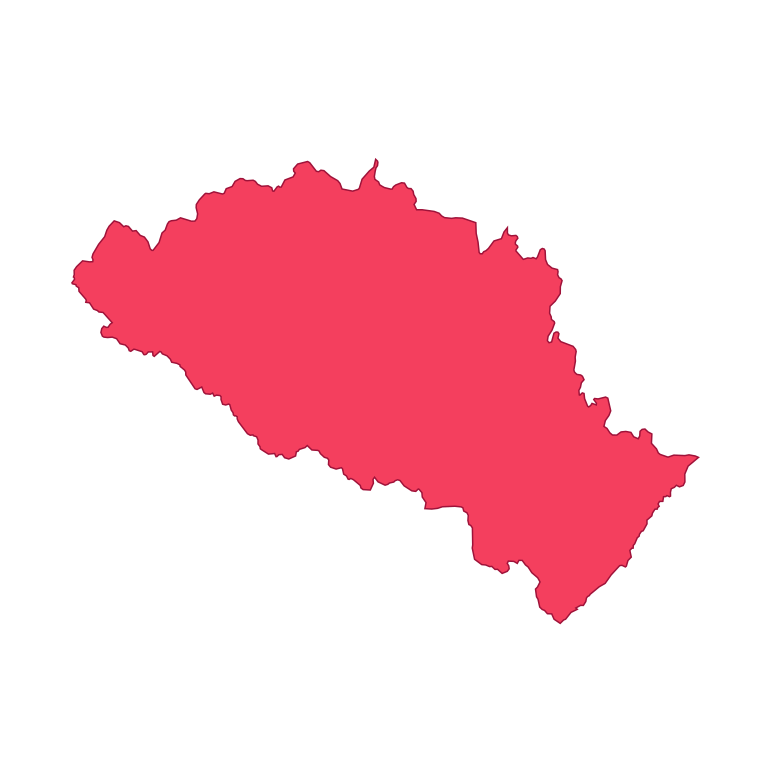 outline of Ambalavao, Haute Matsiatra, Madagascar, rotated 185°
{"feature_id": "10022922B7475622417535", "entity_name": "Ambalavao", "entity_type": "district", "adm_level": 2, "iso_a3": "MDG", "parent_name": "Madagascar", "parent_adm1": "Haute Matsiatra", "projection": "orthographic", "projection_center": [46.669, -21.841], "detail": "fine", "context": "isolated", "style": "filled", "palette": "rose", "viewbox_px": 768, "rotation_deg": 185, "n_neighbors": 0, "source": "geoboundaries", "source_scale": "gbopen_adm2", "svg_char_len": 6136}
<svg xmlns="http://www.w3.org/2000/svg" viewBox="0 0 768 768"><g transform="rotate(185 384 384)"><path d="M374.1,283.3L371.4,284.4L370.0,285.8L365.7,287.2L364.4,288.7L362.0,289.8L359.6,289.2L355.1,284.3L347.0,280.0L343.0,279.8L340.7,282.4L339.9,282.2L336.8,279.1L336.0,274.7L331.8,269.5L332.4,263.4L325.5,263.6L319.8,264.8L315.1,266.8L302.8,268.4L296.3,268.3L294.6,267.5L293.5,264.4L290.1,262.9L288.6,260.4L288.5,255.3L287.2,251.4L285.3,250.7L283.4,248.4L281.6,231.4L281.8,228.3L278.5,217.3L270.9,212.6L267.0,212.6L262.9,211.3L260.7,211.7L257.3,209.0L254.7,209.3L249.8,205.6L244.9,208.1L243.2,210.8L243.9,213.8L245.6,216.0L244.7,218.4L239.2,218.6L235.6,216.9L234.2,220.1L230.9,220.3L227.3,216.1L224.5,214.3L220.3,208.9L214.0,204.4L211.3,200.4L213.4,195.1L215.2,192.9L213.5,185.3L211.8,183.0L209.4,175.3L206.8,173.2L204.3,172.4L201.2,169.4L196.9,169.6L194.1,164.5L187.6,160.9L184.5,164.6L182.6,165.5L177.8,172.8L171.8,176.4L173.4,177.6L168.9,180.6L166.1,180.8L164.0,184.9L163.7,188.4L162.7,190.0L161.0,191.1L160.3,192.5L151.9,200.8L146.3,204.7L141.1,213.6L133.4,223.6L131.1,224.1L127.6,222.8L126.7,223.7L125.6,229.4L122.6,233.1L124.6,239.7L122.8,242.0L121.5,242.2L121.6,245.0L120.3,246.7L118.3,252.9L116.6,254.6L116.4,256.7L114.7,259.6L113.0,260.4L109.8,267.6L110.2,271.3L105.7,276.0L105.3,278.8L103.2,282.9L100.9,283.2L100.6,284.8L99.2,286.1L100.5,288.4L99.3,291.0L96.0,291.4L95.7,296.1L93.5,296.4L92.4,297.5L89.8,296.6L88.8,297.3L89.2,301.2L88.7,304.7L85.7,306.4L83.9,308.6L80.7,307.3L77.1,309.0L75.7,312.6L76.5,320.5L73.9,328.7L64.3,338.3L67.6,339.4L74.0,340.0L78.0,338.9L89.1,338.4L94.7,335.9L102.7,337.9L104.7,339.2L106.9,343.1L112.4,348.2L112.8,357.6L116.7,359.2L120.1,361.9L122.9,361.3L124.8,359.2L124.7,354.5L126.0,351.6L130.7,353.2L133.8,357.3L139.0,357.8L143.7,356.9L147.6,353.4L152.0,353.1L154.8,355.1L158.0,359.2L161.2,360.9L160.3,366.9L157.2,372.2L155.8,377.0L159.8,389.4L162.1,390.3L169.4,387.8L173.0,387.9L173.7,386.8L170.7,383.4L170.7,381.7L175.1,382.8L176.3,380.5L178.1,379.0L179.2,379.6L182.9,386.9L183.9,392.0L185.7,392.4L187.9,390.0L188.5,390.1L189.3,394.6L188.0,397.9L187.5,402.4L185.1,405.7L187.0,409.0L188.8,410.1L192.8,410.4L195.2,412.4L196.1,414.5L195.3,423.5L195.9,427.4L195.4,433.1L196.1,435.1L198.9,438.0L211.6,441.6L214.7,444.8L214.1,449.3L215.3,450.8L217.1,450.8L219.1,449.4L220.7,440.5L223.2,439.5L225.0,441.4L224.7,445.9L221.3,452.3L219.3,459.6L219.9,461.0L222.8,462.9L223.3,465.5L225.2,468.9L225.4,475.9L220.6,481.5L216.3,489.4L216.8,496.3L215.6,502.5L216.9,504.2L218.8,505.1L220.6,507.9L220.4,511.1L221.1,513.1L226.7,514.1L231.5,517.3L233.9,522.0L235.1,530.8L236.2,532.4L238.1,532.8L240.0,531.4L242.2,523.8L243.4,522.0L246.6,523.0L248.4,522.0L251.8,522.1L256.1,520.3L264.1,528.0L264.2,529.1L262.6,531.9L263.0,533.1L265.2,534.7L265.5,536.2L265.1,538.2L263.4,540.8L264.0,542.4L265.5,543.5L270.1,542.7L273.0,543.4L274.2,545.1L274.7,550.5L277.7,545.9L279.7,539.0L286.9,536.1L291.7,528.2L294.0,525.7L296.2,524.5L297.5,522.3L299.5,522.1L300.7,523.4L302.7,533.6L305.3,542.1L306.6,552.7L320.3,556.1L327.1,555.8L331.1,554.9L338.2,555.0L341.3,556.5L343.9,558.9L349.1,560.3L361.0,560.9L366.7,560.4L369.7,565.5L367.9,568.7L368.3,571.5L370.9,575.3L371.8,578.6L374.1,581.0L376.7,580.9L378.3,581.8L381.1,585.9L384.1,586.0L389.6,583.3L391.7,581.4L392.9,578.9L394.1,578.7L400.7,579.7L403.4,580.9L405.7,582.1L407.0,584.8L410.9,587.1L411.7,589.9L411.3,595.4L410.8,598.6L409.5,600.9L409.4,604.2L409.9,605.5L411.9,607.1L413.0,599.1L417.2,594.9L423.7,586.1L425.6,577.0L426.5,575.7L432.0,573.4L442.8,574.6L445.3,579.9L447.8,582.5L455.3,586.0L462.4,591.3L465.5,591.5L467.5,589.8L469.9,590.0L477.3,598.0L479.5,599.0L489.2,595.6L492.9,590.5L492.5,588.1L490.8,586.4L492.6,582.4L500.5,578.6L503.5,571.3L504.9,571.0L506.3,571.9L507.6,571.1L510.5,566.4L511.8,566.6L512.9,569.7L516.7,571.3L523.2,570.3L527.4,572.0L529.8,574.6L532.1,575.6L538.1,574.6L539.9,574.7L542.4,576.2L545.3,576.1L550.0,572.9L552.5,567.5L558.2,564.8L559.8,560.1L560.6,559.6L561.5,559.2L570.2,560.6L574.7,558.3L578.2,558.4L579.1,557.7L584.0,551.4L586.6,546.5L586.5,543.3L584.5,537.3L584.9,532.3L586.6,529.8L590.0,529.4L601.2,531.8L605.2,529.1L610.1,528.1L612.3,527.0L613.7,524.5L615.4,518.2L618.3,515.1L620.4,505.3L625.7,497.0L627.0,496.9L628.7,498.3L631.5,505.0L635.5,509.5L639.8,510.8L644.3,515.2L647.9,514.4L652.3,518.7L654.9,519.1L657.0,518.0L661.6,521.7L667.0,523.0L671.6,517.2L673.5,513.1L675.1,506.4L680.4,498.4L685.2,488.3L685.9,484.7L684.7,482.4L684.8,480.5L687.9,480.0L695.0,480.4L700.4,474.2L702.6,470.3L702.1,465.9L702.7,463.5L701.9,463.1L701.4,461.4L703.7,457.6L703.2,456.7L699.6,456.1L699.1,454.7L696.5,453.3L695.9,449.7L688.5,442.5L687.9,441.4L688.2,439.4L684.4,439.2L679.8,433.3L675.9,432.2L674.3,430.9L670.1,430.8L660.1,421.4L662.0,419.7L663.9,416.4L665.6,416.2L668.2,417.2L670.0,414.6L670.5,410.7L668.7,407.1L667.1,406.3L663.4,406.2L658.8,407.0L654.3,405.8L650.4,401.1L645.1,400.3L641.9,397.6L640.7,395.0L639.1,394.5L636.2,396.9L634.7,396.7L627.8,395.1L625.8,392.4L624.9,392.3L623.5,392.9L621.6,395.4L617.3,395.8L616.6,392.3L615.3,391.5L610.2,396.9L608.9,396.5L607.4,394.7L602.6,393.2L599.0,390.1L597.4,387.2L592.1,386.5L589.0,385.3L588.6,383.7L584.0,380.6L582.6,378.7L582.2,375.7L571.8,362.8L569.8,362.3L565.3,365.1L562.6,359.8L560.9,358.7L556.1,358.7L553.9,360.0L552.1,357.1L549.9,358.3L546.3,358.2L545.2,357.1L545.0,354.3L543.0,349.8L539.9,349.3L536.9,350.5L535.8,349.9L533.9,344.7L531.9,342.3L531.3,340.1L530.1,339.2L529.0,339.4L527.4,338.6L527.2,336.5L525.8,333.8L515.7,322.6L512.8,321.3L510.1,321.9L509.6,321.1L506.3,320.4L504.6,317.2L504.3,313.3L502.1,310.8L501.6,308.7L500.3,307.9L493.0,304.1L486.9,305.2L485.2,302.2L484.3,302.4L482.6,304.4L479.3,305.0L476.6,301.9L472.3,301.0L465.8,304.6L465.4,308.9L463.8,309.5L462.6,311.5L457.1,313.8L455.1,316.0L450.1,312.0L444.1,312.1L442.8,311.5L441.3,309.1L437.1,305.8L433.8,305.1L432.4,303.4L432.3,298.9L430.0,296.5L424.3,295.1L419.2,296.9L418.0,296.0L416.3,290.7L413.3,289.1L411.5,286.1L410.4,285.9L408.8,287.0L406.1,286.0L398.8,280.9L397.9,278.4L395.6,277.0L388.4,277.2L385.9,284.2L386.6,288.0L385.3,290.3L381.4,286.0L374.1,283.3Z" fill="#f43f5e" stroke="#9f1239" stroke-width="1.5"/></g></svg>